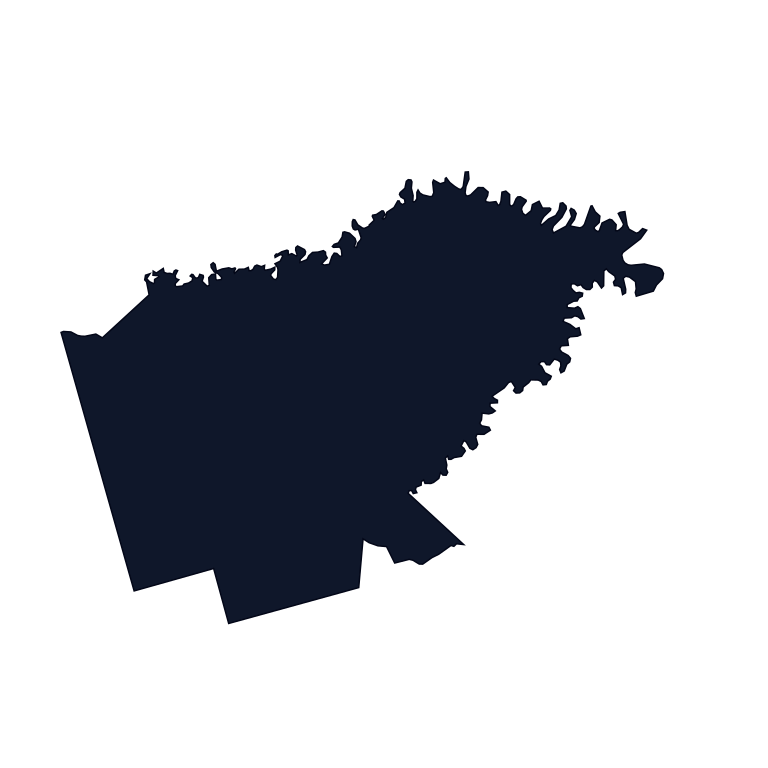 San Pedro, Misiones, Argentina, rotated 255°
{"feature_id": "61730980B51205763692060", "entity_name": "San Pedro", "entity_type": "district", "adm_level": 2, "iso_a3": "ARG", "parent_name": "Argentina", "parent_adm1": "Misiones", "projection": "orthographic", "projection_center": [-53.77, -26.751], "detail": "fine", "context": "isolated", "style": "filled", "palette": "ink", "viewbox_px": 768, "rotation_deg": 255, "n_neighbors": 0, "source": "geoboundaries", "source_scale": "gbopen_adm2", "svg_char_len": 6167}
<svg xmlns="http://www.w3.org/2000/svg" viewBox="0 0 768 768"><g transform="rotate(255 384 384)"><path d="M193.9,306.9L239.9,323.7L234.6,328.5L229.3,336.2L226.3,344.4L208.3,348.0L208.1,363.0L206.3,366.3L201.0,371.4L200.0,374.8L203.9,385.4L205.4,392.8L210.7,406.9L209.1,409.5L210.9,412.7L208.3,419.4L272.2,379.0L274.5,380.8L273.9,383.1L270.6,383.9L270.5,387.6L273.7,387.0L276.1,388.3L276.7,393.7L280.1,394.8L281.1,397.5L277.4,397.9L275.8,403.6L276.1,406.4L278.6,412.5L283.9,415.7L280.8,417.3L279.8,420.4L282.2,422.7L285.9,422.1L289.4,423.7L296.6,424.1L298.1,426.9L294.5,427.0L293.9,429.3L294.8,432.7L294.1,440.2L298.3,445.2L301.1,444.6L304.1,442.4L308.7,446.5L306.8,448.4L299.7,450.3L297.5,452.8L298.7,456.4L301.4,458.9L308.8,458.8L311.4,460.8L309.5,467.6L311.9,474.8L315.1,474.1L318.4,467.4L321.4,466.3L324.2,468.9L330.5,471.2L328.0,477.5L328.0,481.1L329.2,484.5L334.9,480.5L338.0,481.5L336.5,488.7L339.0,489.4L341.5,486.7L344.2,485.2L349.1,499.1L353.2,504.7L353.5,507.7L346.7,509.9L344.0,507.4L341.1,509.1L340.3,512.8L341.8,516.2L345.0,517.6L347.8,524.1L350.0,526.9L347.9,534.0L345.7,536.5L342.0,537.4L341.5,540.6L344.3,542.6L345.7,545.8L348.2,547.6L353.2,542.4L360.3,540.8L363.1,538.6L364.9,541.5L364.1,544.8L360.6,546.0L359.6,549.0L364.0,554.9L362.0,558.1L359.3,560.2L355.6,559.5L352.5,557.4L349.0,557.8L349.9,561.4L355.8,565.7L357.3,569.1L360.5,570.8L363.9,569.2L368.9,563.9L372.3,562.6L375.0,565.1L373.6,572.1L380.3,572.9L381.4,576.0L380.1,583.3L380.6,586.8L387.9,587.0L387.7,583.5L393.5,579.0L398.1,573.2L401.0,575.1L399.5,582.3L400.5,585.9L398.8,588.8L395.8,591.0L395.4,594.4L406.0,593.2L408.5,591.3L407.9,587.7L410.4,580.7L413.3,581.5L414.9,588.6L414.2,592.1L416.8,594.5L417.5,598.2L420.3,599.4L422.0,596.4L422.3,593.0L425.4,590.9L428.7,589.5L432.1,590.7L431.6,593.8L428.8,596.3L429.0,600.0L425.6,601.3L422.9,603.9L422.0,607.3L423.7,610.3L427.4,611.2L429.7,614.0L427.4,616.5L420.4,618.9L422.0,621.6L436.3,625.6L437.7,628.6L434.3,630.2L428.6,634.9L425.2,634.8L423.0,632.0L419.4,632.0L418.2,635.6L415.6,638.0L408.6,637.6L409.5,640.9L413.0,642.0L424.2,642.4L425.5,645.4L423.7,648.8L417.8,653.4L410.5,652.2L407.3,650.4L403.5,650.4L404.0,668.2L409.1,672.8L413.6,680.3L418.4,682.6L422.7,681.8L425.0,680.0L432.5,666.6L434.7,653.4L436.0,650.5L438.6,648.0L441.6,646.9L447.1,647.0L449.2,648.7L457.9,669.4L464.6,677.6L467.2,674.0L464.5,669.1L464.4,666.7L470.0,660.8L474.4,659.9L488.2,661.3L488.7,656.5L488.1,654.4L476.3,656.8L474.0,655.0L472.1,651.4L471.5,649.0L472.2,647.4L477.8,649.5L483.5,646.6L484.7,644.6L483.1,636.3L476.4,631.7L475.8,630.2L477.7,628.1L480.0,627.2L481.2,627.9L484.3,633.6L490.3,636.0L495.6,632.6L502.3,631.1L502.3,629.9L486.3,618.9L484.5,616.4L484.1,613.7L487.9,605.8L489.1,604.9L493.6,610.5L498.9,613.8L502.7,612.8L505.2,610.2L503.6,608.5L497.0,608.6L489.3,600.7L486.0,586.8L489.6,586.3L492.8,588.6L499.0,599.0L506.0,605.5L508.8,605.9L512.8,603.6L512.9,601.0L506.8,598.2L502.3,593.5L500.8,585.8L496.5,577.0L498.8,576.8L501.9,579.1L504.4,581.9L508.6,589.6L510.0,590.4L511.1,589.5L512.9,582.6L520.4,581.1L518.9,573.8L513.3,571.0L510.3,564.4L512.9,562.3L517.0,562.0L519.4,563.3L523.8,568.7L524.8,568.8L529.6,564.2L530.1,561.6L528.7,559.5L523.7,555.6L522.7,552.9L524.8,551.8L534.5,554.4L538.8,551.6L538.8,547.6L530.1,544.2L527.4,542.2L526.9,540.5L531.2,539.3L532.1,533.0L533.7,529.6L535.7,529.8L539.1,532.8L542.5,534.3L548.0,530.6L549.4,525.8L544.2,516.6L543.9,513.6L544.7,512.0L547.6,511.8L553.5,514.2L560.0,519.1L567.1,520.4L567.7,517.3L554.2,511.6L552.0,508.9L553.0,506.7L556.6,503.4L561.6,499.7L567.1,497.5L566.7,496.4L563.1,495.1L562.9,490.1L568.2,484.6L566.2,483.2L556.0,481.6L552.8,479.2L553.1,476.9L556.6,470.5L559.2,468.1L562.6,467.1L560.7,465.4L554.4,463.7L552.3,461.3L552.1,459.7L553.1,459.1L558.5,460.9L566.1,461.1L572.0,463.3L574.1,462.9L575.1,460.3L574.0,458.0L567.7,454.9L564.7,449.1L563.1,448.0L560.3,448.7L557.2,451.7L553.3,451.2L552.5,448.2L554.6,446.4L556.9,446.0L557.3,444.7L551.8,439.3L549.1,431.2L544.4,428.7L543.3,426.1L544.2,425.2L547.5,428.9L551.2,428.2L551.8,426.8L549.7,420.5L550.0,416.7L549.1,416.1L544.7,416.9L541.4,410.8L540.3,410.6L539.4,405.6L540.0,403.8L544.5,399.9L550.0,398.4L550.8,396.8L549.0,395.4L544.8,394.2L541.7,394.5L540.3,395.9L540.1,399.3L531.1,399.8L529.2,398.6L526.8,395.0L522.8,392.8L524.4,390.9L528.7,393.8L532.1,393.7L538.6,389.7L541.2,385.3L541.2,383.6L536.8,381.6L532.1,376.4L531.8,372.0L530.2,369.7L529.1,370.5L527.7,376.7L524.7,377.5L518.7,376.6L518.6,374.4L522.3,372.2L523.3,369.8L520.6,366.7L513.8,362.2L514.3,357.2L516.2,354.8L520.5,361.8L523.6,361.0L526.5,361.6L528.5,360.0L528.5,354.4L529.6,349.0L527.3,344.6L524.1,341.8L523.2,334.2L526.1,335.3L529.5,341.2L532.1,342.5L534.4,342.0L539.7,336.2L538.7,334.2L536.2,333.3L531.0,333.5L530.3,332.4L533.8,328.7L533.5,325.0L537.5,325.9L538.4,324.9L538.2,319.4L536.9,314.9L537.5,313.6L536.3,311.8L534.4,311.6L535.8,317.3L534.8,319.1L533.6,319.1L529.5,315.5L528.4,309.8L524.3,311.3L521.8,311.2L514.6,308.8L512.8,306.7L513.9,304.4L518.2,302.6L519.7,303.5L522.5,308.0L525.1,308.8L524.3,304.4L524.6,298.7L526.1,298.1L529.5,299.4L529.1,295.9L531.8,292.0L531.3,289.6L528.7,287.2L527.9,284.8L528.4,283.0L531.8,283.1L531.1,278.8L532.4,273.6L529.6,268.3L531.0,268.0L533.7,270.4L534.7,270.1L534.6,266.8L536.4,264.2L537.0,257.4L536.3,251.3L543.3,251.8L545.4,250.4L544.2,247.7L541.2,247.3L536.1,249.1L533.6,252.3L529.8,254.4L528.4,254.7L527.0,253.7L527.6,249.3L528.8,248.7L533.9,249.7L534.3,245.8L532.0,242.2L524.6,240.8L524.2,238.5L530.3,234.9L534.0,237.3L535.7,237.4L537.6,234.4L535.1,232.5L534.6,230.8L535.5,229.2L539.1,227.8L539.7,226.6L538.5,224.7L536.2,226.8L533.3,225.3L532.1,221.3L532.3,216.8L530.8,214.9L531.7,208.7L532.9,207.8L535.0,208.3L537.8,212.8L539.8,210.2L542.7,210.3L546.9,214.0L548.0,212.5L547.5,210.7L544.6,208.5L546.3,206.0L546.9,203.1L548.7,200.5L552.8,200.7L550.1,192.8L552.8,190.3L548.8,189.0L547.1,193.9L545.8,194.6L544.4,189.5L541.2,188.5L540.6,187.4L543.5,184.0L547.2,182.0L551.1,186.5L550.8,181.8L546.5,179.8L544.1,181.1L530.9,180.2L501.5,123.9L506.8,118.6L507.5,107.5L508.6,103.9L510.2,100.6L515.3,95.1L517.7,88.0L517.4,85.4L248.8,89.1L249.9,171.7L192.9,172.0L193.9,306.9Z" fill="#0f172a" stroke="#020617" stroke-width="1.5"/></g></svg>